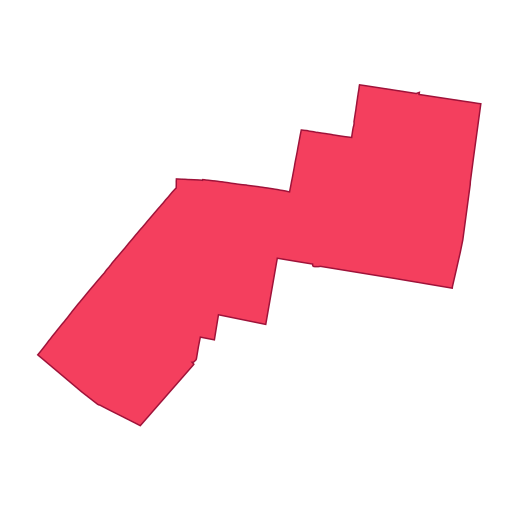 Vadastra, Olt, Romania (Albers equal-area conic projection), rotated 277°
{"feature_id": "2599482B83559341679442", "entity_name": "Vadastra", "entity_type": "district", "adm_level": 2, "iso_a3": "ROU", "parent_name": "Romania", "parent_adm1": "Olt", "projection": "albers", "projection_center": [24.394, 43.851], "detail": "fine", "context": "isolated", "style": "filled", "palette": "rose", "viewbox_px": 512, "rotation_deg": 277, "n_neighbors": 0, "source": "geoboundaries", "source_scale": "gbopen_adm2", "svg_char_len": 3673}
<svg xmlns="http://www.w3.org/2000/svg" viewBox="0 0 512 512"><g transform="rotate(277 256 256)"><path d="M434.5,460.6L434.5,457.9L434.8,449.9L434.9,444.5L435.5,422.9L436.2,398.1L438.3,398.2L436.8,395.2L438.4,343.0L438.5,337.9L437.2,337.8L435.8,337.8L434.0,337.8L431.7,337.7L429.7,337.6L428.1,337.6L426.8,337.5L424.4,337.5L421.6,337.4L419.1,337.4L416.3,337.3L413.2,337.3L411.2,337.2L408.1,337.1L404.8,337.0L401.2,336.9L400.6,337.0L400.0,337.2L398.8,337.2L396.9,337.1L396.1,336.9L393.4,336.7L390.3,336.6L386.8,336.5L385.3,336.5L385.3,335.9L385.3,334.1L385.3,332.8L385.3,331.6L385.3,329.5L385.4,325.0L385.5,322.2L385.6,319.6L385.6,318.0L385.8,316.4L385.9,314.1L385.9,312.1L386.0,310.4L386.0,308.7L386.0,306.5L386.1,304.4L386.1,303.5L386.2,302.0L386.0,301.2L386.1,300.6L386.2,299.5L386.4,297.7L386.4,295.9L386.4,293.7L386.5,292.9L386.7,291.8L386.7,290.9L386.6,288.7L386.6,285.6L381.6,285.2L371.6,284.6L368.8,284.4L364.4,284.2L357.6,283.7L356.4,283.6L351.9,283.3L348.9,283.2L344.2,282.9L341.2,282.7L339.3,282.6L336.6,282.4L334.3,282.2L330.9,282.0L327.9,281.8L323.7,281.5L323.9,279.4L324.1,277.7L324.2,276.2L324.3,273.9L324.3,272.2L324.5,270.2L324.6,268.7L324.6,266.6L324.7,265.2L324.8,262.5L324.8,261.0L324.9,259.8L324.9,258.0L324.9,256.6L325.0,254.4L325.0,252.9L325.0,251.4L325.1,250.0L325.1,248.0L325.1,246.1L325.1,244.6L325.1,243.7L325.1,243.2L325.1,242.0L325.1,240.3L325.1,238.9L325.2,238.2L325.3,237.4L325.2,236.4L325.1,233.1L325.1,228.6L325.2,226.2L325.2,222.6L325.4,219.1L325.4,215.7L325.5,213.7L325.4,211.3L325.5,208.7L325.5,205.6L325.4,204.4L325.4,202.6L325.4,202.4L325.4,201.0L325.4,199.0L325.3,197.6L325.4,195.0L325.3,193.7L324.6,193.7L324.6,191.7L324.4,188.6L323.9,182.3L323.6,179.0L323.5,176.5L323.1,172.1L322.8,167.6L321.3,167.7L319.9,167.8L318.7,168.0L315.8,168.3L313.8,168.5L312.4,167.4L311.4,166.7L309.2,165.1L307.2,163.8L303.8,161.7L300.8,159.5L299.6,158.8L298.3,158.0L297.0,157.2L295.1,155.8L293.9,155.1L292.1,153.8L290.5,152.7L288.6,151.5L288.0,151.1L286.1,149.8L284.1,148.5L281.4,146.7L279.4,145.4L276.9,143.7L275.4,142.8L273.5,141.6L271.9,140.5L270.6,139.7L269.6,138.9L268.4,138.1L266.9,137.1L265.8,136.4L264.2,135.4L262.2,134.0L260.9,133.2L259.0,132.0L257.1,130.8L256.1,130.1L254.3,128.9L252.8,127.9L251.4,127.1L250.2,126.3L248.7,125.4L247.6,124.7L246.0,123.6L244.8,122.8L244.6,122.7L243.9,122.2L242.8,121.5L241.6,120.7L240.2,119.8L238.7,118.8L237.5,118.0L236.4,117.2L235.3,116.5L234.6,116.2L233.8,115.5L232.7,114.8L231.9,114.3L231.3,113.9L230.6,113.5L230.1,113.3L229.6,113.1L229.4,112.9L228.8,112.5L228.3,112.2L226.9,111.4L225.7,110.5L224.1,109.4L223.2,108.9L222.0,108.2L220.8,107.7L220.1,107.1L219.0,106.4L218.2,105.8L217.0,105.0L215.6,104.1L213.4,102.6L211.0,101.0L207.7,98.9L204.4,96.7L202.4,95.4L199.6,93.6L197.1,92.0L195.0,90.7L193.3,89.6L192.0,88.8L190.2,87.6L188.6,86.6L187.6,85.9L186.4,85.1L184.9,84.2L182.8,82.9L181.2,81.9L178.5,80.2L177.0,79.4L174.9,78.1L173.8,77.5L171.6,76.2L169.3,74.7L167.7,73.8L166.1,72.7L164.3,71.5L162.3,70.3L159.3,68.4L155.5,66.1L151.9,63.8L149.1,62.2L148.7,62.0L146.6,60.6L144.4,59.4L142.5,58.3L140.2,56.9L138.5,55.9L133.6,52.9L131.3,51.4L130.7,52.3L128.7,55.4L99.8,99.7L89.5,116.9L89.0,118.4L89.0,119.2L87.3,123.7L84.9,130.2L78.3,148.6L73.5,161.8L87.2,171.1L89.6,172.7L140.6,207.3L141.0,207.5L142.7,205.6L142.8,206.3L143.1,207.0L144.6,208.3L145.8,209.2L147.1,209.4L158.8,209.9L168.7,210.6L167.7,224.9L193.1,225.9L189.3,274.0L256.4,277.4L255.5,298.2L254.9,313.2L253.6,313.4L252.7,314.1L252.6,315.6L253.0,319.0L253.6,321.3L250.7,394.9L248.0,454.7L248.9,454.7L249.7,454.7L262.1,456.0L284.6,458.3L297.1,459.3L352.9,459.9L356.0,459.7L380.6,459.9L434.5,460.6Z" fill="#f43f5e" stroke="#9f1239" stroke-width="1.5"/></g></svg>